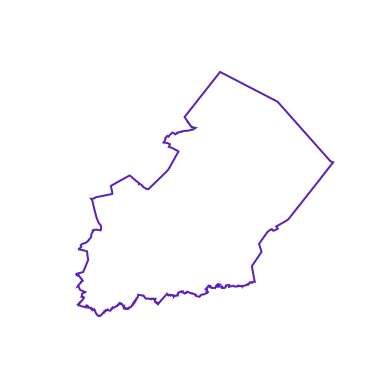 Súdwest-Fryslân, Friesland, Netherlands (Natural Earth projection), rotated 162°
{"feature_id": "6326949B35163690822727", "entity_name": "Súdwest-Fryslân", "entity_type": "district", "adm_level": 2, "iso_a3": "NLD", "parent_name": "Netherlands", "parent_adm1": "Friesland", "projection": "natural_earth1", "projection_center": [5.609, 52.975], "detail": "fine", "context": "isolated", "style": "outline", "palette": "violet", "viewbox_px": 384, "rotation_deg": 162, "n_neighbors": 0, "source": "geoboundaries", "source_scale": "gbopen_adm2", "svg_char_len": 5843}
<svg xmlns="http://www.w3.org/2000/svg" viewBox="0 0 384 384"><g transform="rotate(162 192 192)"><path d="M48.6,176.6L50.9,178.6L82.7,251.4L128.2,297.5L175.9,265.6L174.1,259.6L174.4,259.6L172.2,253.7L171.8,253.9L171.6,253.6L168.9,251.9L172.0,251.1L177.0,251.6L178.5,251.9L178.9,252.2L180.1,252.4L183.3,252.8L183.3,252.5L183.5,252.5L186.8,253.0L186.8,252.9L188.1,252.3L188.5,252.7L189.7,252.1L190.2,252.0L190.3,252.3L190.8,253.1L191.9,254.4L192.1,254.3L192.4,254.5L196.1,252.8L197.1,251.8L198.4,253.0L199.4,252.2L200.8,251.5L201.0,250.2L203.7,247.8L200.5,246.3L198.2,244.3L199.4,242.7L200.1,242.1L197.7,240.4L192.3,234.8L192.4,234.5L192.8,234.3L206.4,221.7L208.1,220.4L210.1,219.2L232.7,208.1L234.7,209.3L235.3,210.2L236.4,211.2L236.9,212.1L237.2,213.2L237.5,213.5L237.4,213.6L238.5,215.3L239.2,216.1L240.0,216.0L239.8,216.8L240.3,217.8L241.1,219.0L241.7,219.7L242.5,221.2L243.5,222.5L243.8,223.3L245.2,225.5L246.3,227.0L267.3,222.9L267.9,216.7L268.1,215.8L268.4,214.8L285.2,216.7L287.2,216.1L290.0,216.7L289.7,216.0L289.5,215.3L289.5,213.9L290.1,207.0L290.7,197.7L290.4,192.4L290.1,191.0L289.1,188.3L289.2,187.0L289.6,185.6L289.9,185.0L290.8,183.8L291.7,184.2L293.1,185.1L294.5,185.7L297.3,186.4L297.9,186.3L298.5,185.9L298.2,185.2L300.7,183.1L301.0,182.6L301.0,182.0L301.2,181.5L301.9,180.6L302.3,180.0L302.6,179.7L303.6,179.1L304.9,178.6L305.2,177.9L305.4,177.8L308.9,176.4L309.3,176.3L310.1,176.6L311.0,176.6L312.1,176.6L313.0,176.4L314.3,175.8L314.4,175.6L314.1,175.2L314.0,174.6L314.3,174.0L317.3,172.7L317.3,172.4L317.0,172.2L312.6,169.7L310.2,168.0L311.4,161.9L311.5,160.2L311.7,159.5L320.3,149.5L325.9,149.8L325.9,149.7L325.8,149.3L326.4,149.6L326.7,149.5L326.7,149.3L327.4,149.2L327.5,149.5L327.7,149.3L327.2,148.5L327.0,148.4L326.8,147.9L325.6,147.4L324.3,144.1L323.9,143.8L324.0,143.5L323.9,142.8L323.4,142.0L323.3,141.3L323.9,141.2L324.3,141.2L325.2,141.0L325.4,140.8L325.3,140.7L325.5,140.6L325.5,140.3L325.7,140.1L326.7,139.8L327.1,139.4L327.8,139.1L328.5,138.3L329.0,138.1L329.4,138.1L329.7,137.8L329.3,137.9L328.7,133.5L324.4,129.8L324.7,129.7L327.5,129.4L328.2,128.9L329.1,126.7L328.8,126.4L329.1,126.3L328.6,126.0L328.3,125.5L327.6,125.5L327.6,125.3L327.9,125.1L327.6,124.6L330.7,122.5L332.7,121.7L332.5,121.4L333.8,120.9L334.2,120.4L334.5,120.6L334.9,120.5L335.1,120.3L335.4,120.2L335.0,119.1L333.7,118.8L332.1,117.3L330.6,116.3L330.0,116.1L328.8,116.0L327.3,116.6L327.1,116.1L326.8,116.3L326.0,115.2L326.6,114.8L327.2,114.6L326.4,114.3L325.8,113.7L324.9,113.3L324.4,112.6L323.6,113.0L322.8,111.6L323.6,111.4L323.1,110.2L321.2,110.7L320.8,108.9L321.0,108.6L321.0,108.2L320.7,105.9L319.9,103.7L319.1,103.3L318.5,103.2L318.5,102.6L316.3,102.9L315.5,103.4L315.0,104.1L313.2,104.3L313.3,104.7L312.0,105.1L311.9,105.2L311.5,105.3L311.9,105.9L310.1,106.3L309.8,105.8L308.5,106.3L308.4,105.7L308.2,105.7L307.6,105.0L306.4,104.3L306.1,104.4L304.5,106.1L304.1,105.8L303.3,106.6L303.1,106.0L302.1,106.3L302.0,106.2L301.7,106.2L300.2,106.6L298.5,106.6L298.3,107.0L297.2,107.7L296.8,107.3L296.2,107.8L296.4,108.0L295.1,108.9L293.8,107.8L294.0,107.2L293.5,106.9L293.2,106.9L292.7,104.8L292.7,104.7L291.8,104.7L292.4,103.6L292.8,102.4L291.0,102.2L291.3,101.2L289.9,100.8L289.3,101.1L288.4,100.6L287.9,101.6L286.0,101.5L285.7,101.4L284.5,102.3L284.1,102.5L283.8,102.5L282.6,103.3L283.1,103.4L281.8,104.2L282.0,104.4L281.7,104.6L281.9,104.7L280.4,105.9L280.0,105.4L278.6,106.6L278.7,107.1L277.5,107.6L277.7,107.9L276.2,108.8L275.0,110.7L275.0,110.9L274.9,110.9L270.8,108.6L270.2,108.6L270.0,107.9L269.9,107.9L269.7,107.1L269.2,105.5L268.7,104.7L266.4,104.2L265.2,103.2L263.7,103.1L263.7,102.7L263.3,102.8L261.5,102.5L261.3,102.3L261.6,101.7L261.4,101.5L260.4,101.7L260.2,101.6L259.1,102.4L260.2,101.4L260.9,100.0L261.0,99.4L260.0,98.3L260.6,98.1L259.7,96.9L259.1,95.7L258.7,96.0L258.8,96.2L258.3,96.4L258.3,96.5L257.5,96.8L257.6,97.0L257.2,97.0L256.8,97.2L256.8,97.3L256.8,97.2L254.9,98.4L254.8,98.6L254.4,98.7L247.2,102.9L246.8,101.7L246.6,101.7L246.4,100.9L244.9,101.2L244.3,100.0L243.2,100.3L242.8,99.8L242.4,100.0L241.0,99.1L241.4,98.8L241.6,98.2L240.9,98.7L240.5,98.6L240.5,98.3L239.4,98.4L238.8,98.2L238.6,98.4L237.6,98.0L237.4,98.5L237.1,98.5L237.1,99.0L236.9,99.9L236.4,100.0L236.3,100.3L235.7,100.6L235.2,100.5L234.4,100.8L233.7,100.7L232.8,100.8L232.7,100.7L231.7,100.4L232.2,99.8L231.5,99.6L231.3,99.1L230.7,98.3L230.8,98.2L230.5,97.8L229.7,98.0L229.4,97.8L228.4,97.8L228.0,98.8L227.9,98.8L226.3,98.1L225.6,97.1L225.2,96.8L225.0,96.5L224.8,96.4L224.7,96.2L223.8,95.9L223.6,95.6L223.1,95.6L222.2,94.6L221.2,94.1L221.0,93.5L220.3,93.4L220.2,93.0L220.5,92.4L220.5,92.1L217.3,90.0L217.0,90.3L216.3,90.5L215.8,91.2L214.3,91.4L212.6,90.9L209.9,91.3L208.3,91.3L207.7,92.0L208.7,92.8L208.4,93.4L208.7,93.5L207.8,94.6L208.9,95.5L206.8,96.6L205.3,97.8L205.1,97.6L205.2,97.4L204.5,97.2L204.2,97.3L204.1,97.1L203.5,96.9L203.5,96.7L204.0,96.3L204.3,95.9L203.4,95.6L203.3,95.4L203.5,95.2L202.0,94.2L201.6,94.4L200.1,93.8L199.6,93.5L197.6,95.7L195.8,96.4L194.3,95.5L195.2,95.3L195.8,94.7L196.9,94.4L197.1,94.1L195.9,93.6L195.5,93.8L195.1,93.8L194.1,93.3L193.7,92.9L192.6,92.9L192.7,92.2L193.1,91.5L191.4,90.9L191.2,91.1L190.2,90.7L190.0,90.9L189.1,91.6L189.0,92.1L188.5,92.7L186.8,92.1L186.6,92.3L185.3,92.0L186.0,90.4L182.2,90.1L181.3,89.9L181.0,89.1L180.6,88.8L177.6,88.1L177.2,88.8L176.7,88.6L176.7,88.1L175.8,88.0L175.0,87.5L173.2,87.1L173.4,86.8L173.4,86.7L173.3,86.8L173.0,86.7L170.0,86.8L169.2,86.9L169.3,86.8L168.2,86.8L168.1,86.6L166.9,86.5L164.9,88.3L163.6,87.8L163.9,87.5L163.1,87.1L162.9,87.6L162.5,87.6L162.0,87.8L160.1,87.2L158.0,103.0L144.3,113.6L144.3,121.9L133.3,130.2L131.4,131.2L128.2,132.1L127.9,131.6L127.3,131.7L126.8,130.2L126.2,129.9L122.0,130.5L121.7,130.8L122.5,133.2L111.2,135.5L109.6,136.0L108.0,136.8L67.4,163.9L66.9,164.1L65.9,164.8L65.7,165.1L48.6,176.6Z" fill="none" stroke="#5b21b6" stroke-width="2"/></g></svg>